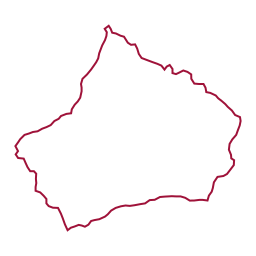 Pirangi, São Paulo, Brazil (Natural Earth projection)
{"feature_id": "56859067B58316114488651", "entity_name": "Pirangi", "entity_type": "district", "adm_level": 2, "iso_a3": "BRA", "parent_name": "Brazil", "parent_adm1": "São Paulo", "projection": "natural_earth1", "projection_center": [-48.674, -21.085], "detail": "fine", "context": "isolated", "style": "outline", "palette": "rose", "viewbox_px": 256, "rotation_deg": 0, "n_neighbors": 0, "source": "geoboundaries", "source_scale": "gbopen_adm2", "svg_char_len": 1824}
<svg xmlns="http://www.w3.org/2000/svg" viewBox="0 0 256 256"><path d="M67.6,230.2L70.9,227.7L74.6,226.5L78.7,224.9L81.7,225.5L84.9,226.7L88.4,224.7L91.1,221.0L94.4,220.1L99.3,219.2L105.0,216.6L107.8,214.3L111.1,210.6L115.7,207.9L120.9,206.3L125.5,205.5L129.8,205.9L134.7,205.2L140.5,204.1L145.1,203.4L149.7,200.1L154.7,199.8L160.0,197.0L164.7,196.6L171.8,196.2L176.2,196.4L180.6,196.4L185.2,197.8L189.8,200.6L194.3,200.5L199.3,199.9L202.8,199.9L207.5,200.5L208.9,195.6L211.7,191.7L212.8,188.1L213.9,182.3L217.5,176.9L223.4,176.0L227.0,174.0L233.8,165.1L234.1,160.2L231.3,158.4L231.0,154.8L228.9,149.7L229.6,143.9L232.3,139.4L236.2,134.9L238.0,129.9L239.7,125.5L240.6,121.0L240.0,117.1L235.1,115.0L231.9,110.5L227.8,106.9L225.3,104.1L221.7,101.0L218.2,98.3L215.8,95.5L210.3,92.9L206.3,92.1L205.5,87.7L203.5,84.0L199.0,84.0L194.3,83.6L191.3,78.8L191.2,74.4L187.5,71.9L183.3,70.5L179.0,72.7L176.0,74.1L172.5,73.1L172.5,69.0L169.7,65.0L166.7,66.6L164.5,69.6L161.4,65.6L157.3,63.8L152.2,62.0L146.6,59.9L141.6,58.0L138.8,53.9L137.2,48.6L135.1,44.4L131.0,44.8L127.8,42.7L125.9,39.7L124.0,36.7L120.5,35.7L116.0,33.5L112.2,32.7L110.7,28.9L108.7,25.8L104.7,28.8L106.8,32.2L106.4,36.0L105.0,40.1L102.2,45.4L99.2,53.3L98.2,58.4L96.2,62.2L94.0,65.4L91.1,69.5L87.0,74.5L82.5,78.8L81.0,84.0L81.6,87.6L81.6,91.3L80.2,97.7L77.8,101.4L74.7,104.7L71.8,109.3L71.1,113.3L66.4,113.9L61.0,116.0L58.7,118.8L54.4,121.0L50.7,125.1L46.5,127.1L42.2,128.7L37.6,131.3L32.9,132.0L29.0,133.5L24.5,134.9L20.2,139.2L18.2,142.2L15.4,146.1L18.0,151.1L15.7,154.4L18.1,158.0L23.7,158.6L25.8,163.4L27.5,167.1L30.2,171.2L33.9,171.2L36.2,173.7L35.9,178.9L36.3,183.1L35.6,187.0L35.6,190.8L40.2,192.4L43.7,195.8L46.4,199.0L46.4,203.4L48.7,206.1L52.9,207.7L58.0,207.9L60.9,213.6L62.8,218.4L64.9,224.3L67.6,230.2Z" fill="none" stroke="#9f1239" stroke-width="2"/></svg>